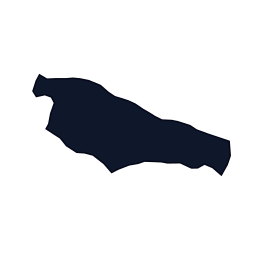 outline of Lythragkomi, Cyprus, rotated 308°
{"feature_id": "46923920B82296583493570", "entity_name": "Lythragkomi", "entity_type": "district", "adm_level": 2, "iso_a3": "CYP", "parent_name": "Cyprus", "parent_adm1": "", "projection": "equal_earth", "projection_center": [34.175, 35.467], "detail": "fine", "context": "isolated", "style": "filled", "palette": "ink", "viewbox_px": 256, "rotation_deg": 308, "n_neighbors": 0, "source": "geoboundaries", "source_scale": "gbopen_adm2", "svg_char_len": 840}
<svg xmlns="http://www.w3.org/2000/svg" viewBox="0 0 256 256"><g transform="rotate(308 128 128)"><path d="M115.4,25.5L108.7,26.7L98.6,30.4L96.4,36.4L103.1,41.9L105.3,48.5L102.5,54.6L91.9,58.2L82.4,63.1L77.0,64.0L77.9,74.6L78.5,80.7L76.2,90.4L77.3,102.5L81.8,109.2L85.2,117.1L85.2,123.1L85.2,131.0L82.9,142.5L89.7,145.6L99.7,151.6L106.4,157.7L112.0,161.3L118.2,169.8L122.1,175.3L124.9,180.7L132.8,190.5L135.6,202.6L139.5,207.4L146.7,210.5L149.0,219.0L148.4,230.5L160.2,228.7L169.1,225.6L179.8,215.9L177.5,209.3L174.7,201.4L172.5,195.3L168.6,183.2L168.0,175.3L163.5,163.2L160.7,157.7L155.1,149.8L153.5,141.9L152.9,135.9L151.8,128.0L151.2,118.9L149.5,111.6L147.3,105.5L144.5,98.3L143.9,90.4L144.5,80.1L141.1,67.9L137.2,60.1L133.3,54.0L128.8,49.1L122.7,41.3L116.5,34.0L115.4,25.5Z" fill="#0f172a" stroke="#020617" stroke-width="1.5"/></g></svg>